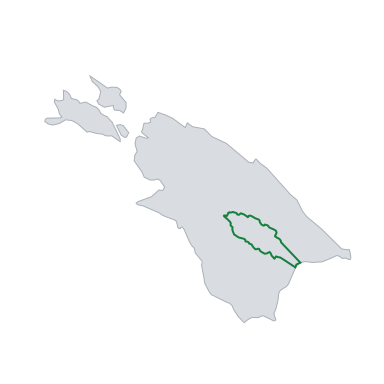 where Jõgeva sits in Estonia, rotated 40°
{"feature_id": "EST-1657", "entity_name": "Jõgeva", "entity_type": "County", "adm_level": 1, "iso_a3": "EST", "parent_name": "Estonia", "parent_adm1": "", "projection": "equal_earth", "projection_center": [26.423, 58.721], "detail": "fine", "context": "in_parent", "style": "outline", "palette": "green", "viewbox_px": 384, "rotation_deg": 40, "n_neighbors": 0, "source": "natural_earth", "source_scale": "10m", "svg_char_len": 4302}
<svg xmlns="http://www.w3.org/2000/svg" viewBox="0 0 384 384"><g transform="rotate(40 192 192)"><path d="M316.1,258.4L314.8,258.5L307.4,257.7L299.2,255.1L295.7,253.2L292.2,253.2L288.0,254.5L272.8,258.2L269.1,257.3L260.4,253.7L256.0,249.7L246.3,241.9L245.5,240.0L244.2,238.5L233.8,236.6L230.0,233.7L226.8,233.3L222.1,231.8L210.0,225.7L207.0,225.1L206.3,226.2L206.5,227.6L205.7,228.4L204.1,228.4L201.3,226.2L198.0,224.2L187.4,227.9L183.6,228.9L180.3,229.1L163.5,234.1L158.4,236.7L156.3,236.4L156.9,234.0L164.0,221.5L165.4,211.6L167.9,210.2L168.7,208.9L167.7,205.7L160.5,203.7L157.6,204.0L155.0,207.4L152.2,209.8L145.8,211.3L140.4,208.7L127.7,205.3L124.6,200.7L123.9,196.2L117.3,191.7L114.6,186.5L115.8,182.9L122.0,180.5L123.8,178.5L116.1,178.8L114.5,178.3L114.2,176.4L111.0,170.1L114.1,167.6L115.4,165.2L113.0,163.1L113.7,160.8L115.7,158.4L114.7,152.9L122.3,150.0L129.8,148.0L145.4,147.0L144.0,142.0L150.3,141.7L161.0,135.7L171.6,136.8L186.9,132.7L216.2,132.7L220.2,130.4L219.6,128.0L219.7,125.5L225.2,126.2L234.4,125.7L269.0,130.7L277.5,130.7L289.3,135.8L295.6,137.1L314.4,137.1L343.3,139.4L348.9,135.9L349.4,135.0L352.2,136.9L355.8,140.1L356.7,141.8L355.6,142.9L352.1,143.8L351.3,144.7L349.8,146.3L345.7,146.6L343.6,147.8L341.2,153.1L336.5,161.9L329.5,168.6L323.9,172.2L321.4,175.1L319.8,178.5L319.5,181.9L325.1,200.6L325.0,204.0L323.8,207.5L322.9,211.1L323.7,214.1L327.3,219.4L331.3,227.3L332.8,232.4L335.4,234.2L337.9,235.6L338.4,236.4L338.3,237.3L337.1,238.3L326.0,241.0L324.6,243.2L323.4,245.8L318.6,249.5L317.1,253.0L316.2,256.9L316.1,258.4ZM67.9,188.9L71.6,190.4L75.0,189.9L78.5,188.9L86.0,189.9L103.0,197.6L104.6,199.6L94.3,200.6L91.9,202.9L89.4,204.6L86.4,205.1L81.4,208.4L74.6,211.6L73.1,213.6L60.9,213.2L54.2,214.4L48.7,218.0L46.3,224.9L42.2,230.3L38.1,232.3L33.9,232.6L33.0,230.5L33.5,228.5L42.5,220.9L44.4,218.4L40.1,217.3L36.5,214.6L28.6,211.5L27.3,209.1L29.2,208.9L31.0,208.2L33.2,206.1L34.3,203.7L28.1,196.7L31.4,195.6L35.5,195.9L39.6,197.9L44.2,195.5L46.2,195.2L49.3,196.0L52.7,191.4L60.4,189.9L64.2,188.5L67.9,188.9ZM84.3,176.0L79.9,179.1L77.4,177.8L76.1,176.3L70.4,183.4L64.1,184.6L60.5,183.2L60.9,180.6L57.6,173.7L52.3,171.7L44.7,171.5L39.3,168.7L60.5,166.7L62.8,163.5L67.2,160.1L70.5,159.7L73.2,160.5L73.7,163.1L74.3,164.2L83.9,165.7L87.5,170.1L88.8,175.5L84.3,176.0ZM105.8,193.3L101.4,194.0L91.2,189.5L93.7,186.5L96.7,185.3L105.4,187.2L106.5,191.8L105.8,193.3Z" fill="#d9dde1" stroke="#a8b0b8" stroke-width="1"/><path d="M320.4,176.5L318.6,180.5L319.6,183.3L304.8,185.0L301.9,185.4L301.3,185.7L300.6,186.0L299.8,186.6L299.1,186.9L298.6,187.0L298.2,187.1L297.9,187.3L297.7,187.7L298.1,189.4L297.9,190.1L296.6,190.0L296.0,189.8L294.0,189.6L291.5,188.3L290.0,188.1L288.9,190.8L287.3,192.6L282.6,193.4L280.8,192.9L280.1,192.5L279.6,192.6L279.0,193.0L278.2,194.4L277.6,195.0L277.4,195.1L277.2,195.1L275.2,195.0L273.3,194.6L271.5,193.9L269.7,194.4L269.0,194.7L268.7,194.7L267.8,194.2L266.4,194.4L265.3,195.2L264.7,195.4L264.3,195.2L263.9,194.7L263.5,194.4L262.8,194.3L261.8,194.5L257.2,196.7L256.2,196.9L255.2,197.1L253.6,197.1L251.7,197.5L248.2,195.7L246.6,194.4L246.4,193.9L246.0,193.3L245.5,192.9L243.9,192.9L243.2,192.8L242.6,192.3L242.3,191.9L242.0,191.5L241.9,191.1L241.1,190.7L240.5,190.4L235.9,190.0L235.0,190.1L233.9,190.0L232.3,190.0L231.8,189.8L231.7,189.4L232.2,188.9L232.7,188.6L233.7,188.3L234.0,188.0L234.1,187.5L233.7,186.6L233.7,185.0L233.2,184.6L233.6,183.6L235.1,182.6L235.5,182.1L235.9,181.3L236.3,181.0L236.9,180.7L237.4,180.6L239.0,179.7L240.1,179.6L241.1,180.1L242.6,179.3L242.7,178.9L242.9,178.3L242.9,177.7L243.1,177.0L243.7,176.6L245.0,176.4L245.4,176.1L246.0,175.8L246.5,175.7L247.6,175.6L250.9,175.4L251.1,174.9L250.7,174.1L250.8,173.8L251.0,173.4L251.3,173.1L251.6,172.9L252.9,172.2L257.2,171.5L260.3,170.4L261.3,170.2L262.1,170.4L263.5,171.6L266.3,172.3L268.5,171.7L268.7,171.4L268.7,171.1L268.8,170.1L271.3,169.0L272.4,169.0L273.0,169.3L274.1,169.4L274.9,169.3L277.0,168.6L279.7,167.9L280.2,167.8L281.6,167.9L282.9,168.8L282.9,169.0L283.0,169.3L283.1,169.6L283.4,169.9L283.6,171.2L283.8,172.2L284.1,172.5L284.6,172.6L284.9,172.4L285.4,172.4L286.5,172.4L287.9,172.0L288.6,171.9L289.1,171.8L290.4,172.0L291.7,172.5L292.4,173.2L292.8,173.3L293.2,173.4L294.7,173.5L295.0,173.6L320.4,176.5L320.4,176.5Z" fill="none" stroke="#15803d" stroke-width="2"/></g></svg>